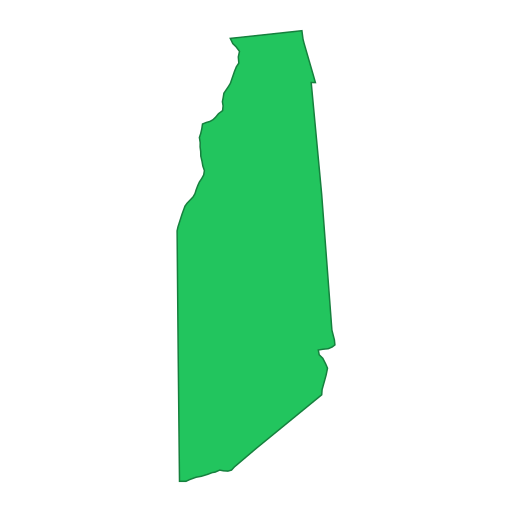 the district of Peixe-Boi, Pará, Brazil
{"feature_id": "56859067B34086017458095", "entity_name": "Peixe-Boi", "entity_type": "district", "adm_level": 2, "iso_a3": "BRA", "parent_name": "Brazil", "parent_adm1": "Pará", "projection": "equal_earth", "projection_center": [-47.282, -1.125], "detail": "fine", "context": "isolated", "style": "filled", "palette": "green", "viewbox_px": 512, "rotation_deg": 0, "n_neighbors": 0, "source": "geoboundaries", "source_scale": "gbopen_adm2", "svg_char_len": 1121}
<svg xmlns="http://www.w3.org/2000/svg" viewBox="0 0 512 512"><path d="M321.7,394.8L322.1,389.5L324.7,380.2L326.2,374.7L327.5,368.2L325.7,364.0L322.8,358.3L319.2,354.8L318.3,350.0L323.2,349.2L328.2,348.7L332.2,347.0L334.9,344.9L334.4,339.9L333.3,335.6L331.9,330.1L321.7,194.6L311.2,82.5L315.4,82.6L313.0,74.1L311.8,70.0L304.0,43.1L303.0,39.1L301.9,30.7L230.3,38.4L232.8,43.6L236.1,46.8L239.5,51.4L238.3,56.9L238.8,63.1L236.4,66.7L234.6,71.1L230.4,83.3L228.4,86.6L223.9,93.2L223.2,97.5L222.4,101.7L223.1,105.9L222.6,110.6L218.5,113.7L215.6,117.2L213.0,119.7L210.0,121.4L206.2,122.5L202.5,124.0L201.8,128.8L200.7,133.6L199.4,137.5L200.2,142.6L200.1,146.9L200.7,151.5L200.8,156.1L202.1,161.7L202.8,165.9L204.4,170.6L203.7,174.9L201.8,178.4L199.4,182.0L197.8,185.5L196.2,189.7L195.0,193.6L193.1,196.9L187.1,203.2L185.0,206.1L182.1,214.0L178.0,226.8L177.1,230.8L177.7,299.2L178.2,355.1L179.5,481.3L186.0,481.3L189.6,479.6L196.2,477.2L201.3,476.3L207.8,474.3L212.2,472.6L215.2,472.1L219.7,470.1L223.4,470.8L227.9,471.1L231.5,470.1L234.4,466.9L256.3,448.3L321.7,394.8Z" fill="#22c55e" stroke="#15803d" stroke-width="1.5"/></svg>